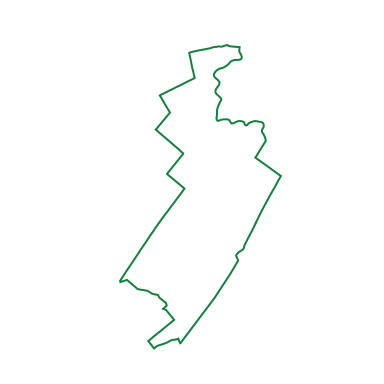 the district of Giuvarasti, Olt, Romania, rotated 140°
{"feature_id": "2599482B24226861193940", "entity_name": "Giuvarasti", "entity_type": "district", "adm_level": 2, "iso_a3": "ROU", "parent_name": "Romania", "parent_adm1": "Olt", "projection": "albers", "projection_center": [24.689, 43.784], "detail": "fine", "context": "isolated", "style": "outline", "palette": "green", "viewbox_px": 384, "rotation_deg": 140, "n_neighbors": 0, "source": "geoboundaries", "source_scale": "gbopen_adm2", "svg_char_len": 4882}
<svg xmlns="http://www.w3.org/2000/svg" viewBox="0 0 384 384"><g transform="rotate(140 192 192)"><path d="M304.3,170.1L304.7,169.1L298.3,166.4L298.3,166.2L296.1,152.9L295.2,151.5L289.4,144.7L289.3,144.3L288.1,140.1L286.5,137.8L284.2,134.9L284.9,132.1L284.8,131.5L284.5,129.9L284.3,128.8L284.3,128.7L284.2,128.5L283.8,126.0L283.2,123.9L284.4,121.2L289.2,121.1L289.1,120.9L287.7,118.4L287.8,113.9L287.9,105.5L294.7,105.6L302.2,105.7L305.9,105.7L312.9,105.9L321.3,105.9L321.5,99.8L321.6,96.5L321.0,96.4L320.0,96.6L319.3,96.5L318.9,96.6L318.0,96.5L317.5,96.4L316.2,95.9L314.8,95.4L313.2,94.7L311.3,93.9L310.8,93.7L307.9,92.7L306.5,92.4L306.4,92.4L305.8,92.3L305.1,92.1L302.2,91.5L301.4,90.9L301.1,90.6L300.8,90.4L300.2,90.0L299.7,89.7L298.7,89.1L297.5,88.6L297.0,88.4L296.9,88.4L297.3,87.1L298.2,84.1L298.3,83.8L298.3,83.7L298.2,83.6L297.5,83.7L297.3,83.8L243.0,96.3L234.2,99.0L217.7,103.9L215.2,104.7L209.4,106.7L200.6,109.9L200.0,112.0L199.7,112.9L199.4,114.2L199.3,114.6L199.1,114.9L198.8,115.2L198.3,115.3L197.2,115.6L195.9,115.8L195.0,115.9L194.2,115.8L193.5,115.7L190.6,115.2L189.7,115.2L189.1,115.4L188.2,115.9L187.4,116.6L186.9,117.0L186.6,117.1L181.5,119.4L176.3,121.6L170.8,123.8L165.4,126.2L163.3,127.0L163.5,127.2L160.4,128.5L155.2,130.8L149.9,133.1L144.6,135.2L139.3,137.3L134.1,139.4L128.8,141.3L123.8,143.2L118.6,145.3L115.5,146.4L113.6,147.1L113.9,148.3L114.3,149.7L114.8,151.7L116.4,158.1L117.8,163.8L119.3,169.5L121.4,177.6L118.7,178.4L111.7,180.8L106.2,182.6L103.2,183.6L102.5,183.8L101.3,186.1L100.7,187.6L100.4,189.3L100.1,189.9L100.0,190.5L100.0,192.2L99.6,193.3L98.9,194.3L97.8,194.9L96.2,195.4L95.3,195.8L94.3,196.7L93.7,197.8L93.4,198.6L93.4,199.7L93.7,200.4L94.4,201.6L95.7,203.0L96.7,204.4L97.6,205.3L98.4,206.0L99.7,206.7L102.0,207.6L103.6,208.0L105.3,208.1L106.7,207.8L107.4,207.9L107.9,208.6L108.2,209.3L108.2,209.8L107.7,210.9L107.4,211.8L107.3,212.4L108.1,213.7L109.1,215.0L110.5,216.2L112.1,217.0L115.1,217.8L116.4,218.2L117.5,218.9L117.8,219.6L117.6,221.0L117.3,222.3L117.3,223.5L118.0,224.7L119.7,226.2L121.1,227.4L123.6,228.7L125.4,229.3L126.5,229.9L126.7,230.7L126.6,231.4L126.0,232.4L125.9,232.8L124.2,234.2L122.3,236.2L121.3,237.4L120.1,238.7L119.0,239.5L117.7,240.4L115.5,241.6L112.7,242.9L110.9,243.5L109.9,244.2L109.6,244.9L109.6,246.0L109.9,248.9L110.2,250.8L110.2,252.4L109.9,253.3L109.2,254.2L108.0,255.1L106.9,255.6L104.9,256.1L102.7,256.6L101.8,257.1L100.8,257.9L100.2,258.6L100.2,259.4L100.2,261.2L100.7,264.2L100.7,265.9L100.5,266.9L100.0,267.6L98.9,268.4L98.1,268.8L97.1,269.0L96.0,269.3L94.4,269.3L91.3,268.6L88.3,267.2L84.9,266.5L82.9,266.5L81.4,266.6L80.0,266.9L78.1,267.0L76.9,266.7L74.7,265.9L72.8,264.4L70.6,262.8L69.5,262.4L68.3,262.5L67.5,262.9L66.8,264.0L66.1,265.7L65.9,267.5L65.4,269.3L64.6,270.3L62.4,272.4L66.2,276.1L69.8,279.8L70.2,280.9L70.6,282.0L72.7,282.9L73.4,283.4L74.2,283.5L75.8,284.2L76.2,284.5L77.1,285.5L78.1,286.4L78.8,286.9L80.1,287.5L80.7,288.1L82.9,289.4L85.4,290.3L91.4,293.6L97.3,296.9L102.1,299.4L103.4,299.9L104.7,300.4L109.2,292.0L111.8,287.4L113.9,283.0L116.2,278.7L116.7,277.6L116.8,277.5L121.4,278.7L125.3,279.7L129.3,280.6L133.2,281.5L137.0,282.5L140.9,283.4L144.8,284.4L148.7,285.3L152.6,286.3L154.6,286.7L154.9,284.4L155.3,282.0L155.8,279.6L156.2,277.2L156.6,274.8L157.0,272.4L157.3,270.1L157.7,267.7L157.8,267.0L178.2,263.3L178.6,263.3L179.3,263.1L179.6,263.1L179.5,262.1L178.9,258.4L178.4,255.0L178.3,254.4L178.2,253.9L178.1,253.7L178.0,252.8L177.6,250.6L177.3,248.8L177.2,248.3L177.2,248.2L177.1,247.4L176.9,246.3L176.5,244.0L176.1,241.5L176.0,240.8L176.0,240.6L175.9,240.3L175.5,237.5L175.4,237.4L175.4,237.2L175.0,234.7L175.0,234.4L174.9,234.3L174.9,234.2L174.8,233.2L174.6,232.4L174.6,232.1L174.3,229.4L173.9,227.2L174.3,226.9L174.9,226.7L175.2,226.7L175.6,226.6L178.2,226.2L178.4,226.1L178.5,226.1L182.4,225.3L193.2,223.2L197.7,222.3L199.5,221.9L199.5,221.4L199.1,219.3L198.8,217.4L198.2,214.3L198.0,213.0L197.9,212.2L197.6,210.9L196.8,206.5L195.9,201.5L195.6,199.5L195.6,199.4L196.9,199.1L199.4,198.5L201.6,198.0L203.4,197.5L203.5,197.5L206.2,196.9L207.5,196.6L210.3,195.9L210.5,195.9L211.4,195.6L214.6,194.9L216.5,194.5L221.3,193.3L224.8,192.5L225.9,192.3L227.7,191.9L230.4,191.2L230.7,191.2L231.2,191.0L231.4,191.0L231.5,191.0L232.2,190.8L236.6,189.7L238.2,189.3L241.2,188.5L242.7,188.1L243.1,188.0L243.5,187.9L244.4,187.6L246.4,187.0L246.5,187.0L246.6,186.9L248.2,186.5L248.4,186.5L248.4,186.4L249.4,186.2L250.6,185.8L250.8,185.8L252.8,185.3L253.1,185.2L254.3,184.8L256.2,184.3L256.3,184.3L257.3,183.9L258.1,183.7L258.7,183.5L258.9,183.5L259.5,183.3L262.0,182.6L265.2,181.7L267.7,181.0L273.4,179.3L276.0,178.5L284.9,175.9L286.9,175.3L288.2,175.0L288.3,174.9L291.1,174.1L292.0,173.9L294.7,173.1L295.3,172.9L295.9,172.7L296.2,172.6L296.7,172.5L297.4,172.3L297.6,172.2L297.9,172.1L298.0,172.0L298.9,171.8L300.9,171.2L304.3,170.1Z" fill="none" stroke="#15803d" stroke-width="2"/></g></svg>